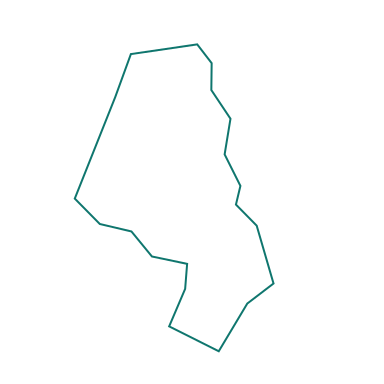 outline of Paranaque, rotated 200°
{"feature_id": "PHL-5555", "entity_name": "Paranaque", "entity_type": "Highly Urbanized City", "adm_level": 1, "iso_a3": "PHL", "parent_name": "Philippines", "parent_adm1": "", "projection": "robinson", "projection_center": [121.013, 14.486], "detail": "fine", "context": "isolated", "style": "outline", "palette": "teal", "viewbox_px": 384, "rotation_deg": 200, "n_neighbors": 0, "source": "natural_earth", "source_scale": "10m", "svg_char_len": 413}
<svg xmlns="http://www.w3.org/2000/svg" viewBox="0 0 384 384"><g transform="rotate(200 192 192)"><path d="M84.1,133.9L101.9,106.1L112.4,51.5L167.5,57.9L165.3,98.6L172.0,122.8L207.6,117.7L235.4,134.2L267.7,130.4L299.9,145.7L296.6,255.0L296.6,300.7L237.6,332.5L217.6,319.8L208.7,294.4L180.9,274.0L174.2,238.5L148.6,214.3L146.4,195.2L119.7,182.5L84.1,133.9Z" fill="none" stroke="#0f766e" stroke-width="2"/></g></svg>